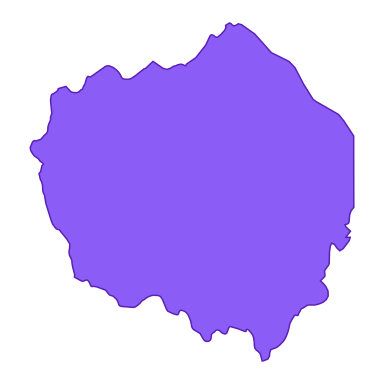 Olancho, Equal Earth projection
{"feature_id": "HND-642", "entity_name": "Olancho", "entity_type": "Department", "adm_level": 1, "iso_a3": "HND", "parent_name": "Honduras", "parent_adm1": "", "projection": "equal_earth", "projection_center": [-86.074, 14.814], "detail": "fine", "context": "isolated", "style": "filled", "palette": "violet", "viewbox_px": 384, "rotation_deg": 0, "n_neighbors": 0, "source": "natural_earth", "source_scale": "10m", "svg_char_len": 3821}
<svg xmlns="http://www.w3.org/2000/svg" viewBox="0 0 384 384"><path d="M353.8,207.5L353.5,207.8L351.3,210.5L349.8,214.0L349.0,222.1L348.4,223.4L347.6,223.9L345.0,224.8L345.9,226.9L350.5,231.2L347.0,235.7L346.0,237.3L350.2,237.3L350.0,238.1L349.0,241.0L343.2,248.6L339.8,250.8L337.0,248.1L334.4,244.3L331.5,243.3L330.2,246.4L329.5,252.5L329.2,263.6L328.6,265.0L324.8,270.3L324.6,271.7L325.0,275.0L324.8,276.4L320.4,280.9L323.0,283.1L325.9,286.6L328.0,291.0L328.2,296.0L326.3,299.6L323.0,302.3L318.9,304.0L314.8,305.0L308.7,305.0L307.0,305.4L303.1,308.0L301.6,308.5L300.7,309.7L300.0,311.2L298.9,313.0L298.4,314.6L298.0,315.3L297.3,315.5L295.5,315.1L294.8,315.3L293.3,317.3L291.4,320.5L289.8,323.9L288.6,329.6L287.3,333.7L285.5,338.0L283.6,341.0L279.4,345.4L276.6,347.5L270.8,349.6L269.8,352.5L269.5,356.0L267.9,359.0L264.9,360.3L262.2,361.0L262.2,360.9L260.2,353.7L259.4,352.8L258.2,351.5L256.8,350.5L255.2,348.8L254.6,347.2L254.3,345.0L254.3,342.4L253.6,337.8L252.7,335.1L251.1,332.8L248.5,329.9L247.1,329.4L246.3,329.6L246.0,331.3L245.5,331.5L244.4,331.3L238.2,328.8L230.5,326.6L229.5,326.8L228.8,327.7L226.9,332.8L226.1,333.6L225.1,334.0L222.9,333.4L221.3,332.3L219.2,330.4L217.6,330.0L216.2,330.2L215.5,330.8L214.9,331.6L214.2,332.2L212.5,333.2L211.9,333.9L211.5,334.7L211.3,335.7L211.1,338.0L210.9,338.9L210.5,339.9L209.6,340.7L208.5,341.3L206.2,341.4L205.1,341.0L203.3,339.1L200.0,333.4L193.8,329.7L192.5,328.3L191.7,326.6L191.4,324.6L190.8,321.6L189.8,318.7L187.8,314.3L186.1,312.4L184.4,311.2L181.5,310.3L180.8,310.3L180.1,310.6L179.5,311.2L179.1,311.9L178.5,313.7L177.9,314.6L176.5,314.7L172.4,313.4L167.8,311.2L166.6,309.5L162.3,299.2L160.8,296.9L159.4,295.9L157.3,295.4L153.0,295.3L151.4,295.6L148.2,296.8L145.8,298.3L144.1,299.7L143.2,300.1L142.2,300.7L141.4,301.4L139.9,303.4L136.2,306.4L135.0,307.0L133.2,307.4L121.1,306.4L119.6,305.7L118.9,304.9L117.9,301.9L117.2,300.4L116.4,299.3L113.4,296.3L109.6,295.0L109.0,294.5L105.7,290.2L96.6,286.8L93.2,286.3L92.0,286.6L91.2,286.3L90.6,285.4L89.8,283.2L88.1,280.7L87.4,280.2L86.8,280.0L85.1,280.4L84.6,280.7L84.1,281.0L82.4,281.2L81.5,281.0L74.5,277.2L74.6,274.2L72.6,266.8L72.1,263.7L71.8,260.4L71.2,258.9L69.5,255.3L69.1,253.3L69.0,251.4L69.6,247.9L69.8,244.0L66.7,238.9L61.0,232.0L59.5,229.9L56.4,228.9L54.9,227.3L52.7,224.2L50.8,219.4L45.8,203.1L44.5,195.0L43.2,192.6L42.8,190.3L42.4,184.4L41.6,182.0L40.5,179.7L40.0,178.1L39.0,173.5L40.6,171.7L41.9,165.8L43.4,164.1L43.1,163.5L42.4,162.8L40.1,161.2L38.2,158.6L34.4,156.0L32.9,154.1L31.2,151.4L30.6,150.0L30.2,147.5L32.5,142.1L33.1,141.4L34.1,140.6L34.8,140.6L36.1,140.9L41.0,139.2L44.3,135.3L46.7,133.2L47.6,131.2L47.8,129.5L47.9,128.1L48.0,126.7L48.4,125.2L49.1,123.2L50.2,120.8L50.6,119.5L50.6,118.7L50.5,117.8L50.5,117.2L51.8,113.4L50.5,100.2L50.7,98.5L51.2,95.5L51.7,94.6L52.4,94.0L53.5,93.7L55.9,92.0L56.5,91.7L57.9,90.3L58.3,88.6L65.9,86.4L70.8,91.7L72.2,92.2L74.0,92.6L76.9,92.6L78.2,92.2L79.3,91.5L80.9,89.9L82.5,89.2L83.6,86.1L84.9,84.1L86.5,78.5L87.1,77.2L88.0,76.4L88.6,76.5L89.4,76.8L90.3,76.9L91.5,76.3L105.3,66.5L107.3,65.8L109.1,65.8L113.0,67.4L115.3,69.0L117.4,70.8L118.9,72.6L120.2,74.5L121.0,76.0L121.5,77.3L122.5,78.4L124.4,79.2L128.3,79.2L130.4,78.9L134.6,76.3L143.7,69.1L145.8,68.2L153.0,61.4L163.0,68.3L166.8,69.4L170.5,68.2L173.5,66.3L176.2,65.6L177.7,64.8L180.6,64.2L182.2,64.4L183.5,64.9L184.7,65.6L185.8,65.6L186.4,64.2L195.8,57.7L205.7,45.1L209.7,36.6L210.4,35.4L211.5,34.8L212.7,35.0L213.7,35.5L215.6,37.1L217.4,37.3L220.6,34.7L224.1,31.0L225.4,29.0L225.9,27.4L225.6,25.4L229.3,23.0L230.1,23.2L231.2,23.8L232.3,25.0L233.8,25.9L235.2,25.6L236.8,24.8L238.2,23.8L241.6,24.7L254.7,34.0L271.4,52.7L289.1,61.5L294.9,67.6L303.6,84.2L313.0,99.2L315.8,101.4L338.6,114.5L343.9,121.0L353.7,136.0L353.7,155.2L353.8,207.3L353.8,207.5Z" fill="#8b5cf6" stroke="#5b21b6" stroke-width="1.5"/></svg>